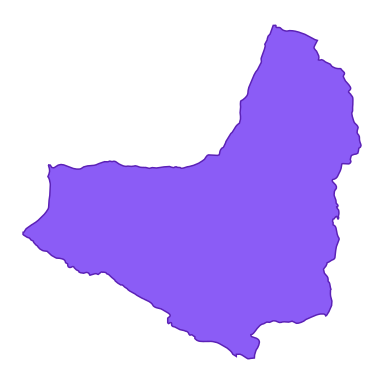 Confines, Santander, Colombia
{"feature_id": "7082276B80163304219298", "entity_name": "Confines", "entity_type": "district", "adm_level": 2, "iso_a3": "COL", "parent_name": "Colombia", "parent_adm1": "Santander", "projection": "albers", "projection_center": [-73.237, 6.361], "detail": "fine", "context": "isolated", "style": "filled", "palette": "violet", "viewbox_px": 384, "rotation_deg": 0, "n_neighbors": 0, "source": "geoboundaries", "source_scale": "gbopen_adm2", "svg_char_len": 5952}
<svg xmlns="http://www.w3.org/2000/svg" viewBox="0 0 384 384"><path d="M331.0,289.2L330.6,288.4L329.7,283.7L329.2,282.4L328.3,281.6L328.1,281.1L328.1,279.1L327.8,277.6L327.2,276.5L324.4,273.2L323.5,269.3L323.8,268.7L325.9,266.1L326.7,264.4L327.1,262.8L329.2,261.8L331.5,260.3L333.5,259.4L334.4,258.7L334.9,257.7L335.7,250.5L336.4,246.6L339.1,239.4L339.1,238.8L338.9,238.0L338.0,236.5L337.2,234.2L336.0,228.0L335.4,226.6L334.5,225.6L333.1,224.8L333.1,222.5L332.6,221.6L332.7,220.0L333.1,219.1L334.0,218.9L335.2,217.3L335.9,216.6L336.5,216.4L336.8,216.5L337.8,218.7L338.0,219.0L338.3,218.9L338.7,217.9L338.4,216.3L338.9,213.8L338.9,212.0L338.6,210.1L337.4,208.6L336.7,207.2L336.6,206.9L336.8,206.7L337.6,206.7L338.0,205.7L337.6,204.7L336.2,203.2L335.9,200.2L334.3,195.9L334.1,194.9L334.4,191.5L335.1,190.0L335.7,189.4L336.4,188.1L336.4,186.6L335.7,185.0L332.5,181.6L332.2,180.5L332.3,180.1L332.6,179.6L334.6,179.0L336.0,178.2L337.3,176.8L340.3,170.7L341.1,168.3L341.8,164.0L342.7,163.6L348.3,163.9L349.1,163.8L350.1,163.1L350.8,162.0L350.9,161.4L350.3,159.5L350.9,156.8L351.4,155.6L352.1,155.1L354.0,154.4L356.2,154.0L357.8,153.2L358.4,151.1L358.8,148.3L360.4,147.1L361.0,145.7L360.8,144.3L360.0,142.2L359.5,140.0L359.4,136.9L358.8,135.3L357.5,133.6L357.1,132.5L357.3,130.4L358.1,127.7L358.0,127.1L357.6,126.2L356.9,125.2L354.5,122.8L353.8,121.4L352.4,116.8L351.9,114.3L351.8,113.4L351.9,112.4L352.3,111.8L352.6,110.8L352.6,107.2L352.8,104.6L352.9,99.7L352.8,98.1L352.6,97.2L352.0,96.1L351.3,95.4L350.8,94.4L348.6,92.2L348.6,91.6L348.8,91.1L350.3,89.6L350.6,88.8L350.7,88.1L350.3,87.0L349.0,85.0L345.4,80.9L343.3,76.7L343.6,75.3L344.3,74.3L344.5,73.7L344.3,72.6L343.9,72.1L341.5,69.7L341.2,69.1L340.4,68.6L338.0,68.6L336.7,68.4L335.4,68.1L333.3,67.2L331.8,66.3L330.3,64.2L325.5,62.0L323.4,60.4L321.7,59.7L321.3,59.7L320.3,60.1L319.1,60.1L318.4,59.8L318.7,59.0L318.9,57.3L318.7,55.8L316.5,51.1L315.7,50.4L314.2,48.4L314.0,47.4L314.6,45.8L317.4,40.4L314.9,39.6L304.9,34.3L298.7,32.1L295.2,31.2L292.7,30.8L289.6,30.6L286.9,31.1L285.4,30.9L283.7,30.4L282.5,29.8L280.1,27.7L279.3,27.5L276.7,27.5L276.0,27.0L275.9,25.5L275.6,25.3L273.2,25.4L270.1,34.0L268.1,36.2L267.4,38.3L267.1,40.0L264.8,44.3L265.1,45.0L265.2,46.3L264.4,49.3L261.4,57.6L261.1,58.8L261.4,61.4L261.2,62.5L257.5,69.7L255.7,72.0L254.1,74.9L248.8,87.5L248.1,90.6L247.9,93.1L247.6,94.3L247.1,95.5L245.4,97.6L243.1,99.6L240.9,100.9L240.6,101.5L240.4,104.0L240.6,107.0L240.1,112.7L240.5,116.2L240.5,119.1L239.4,123.3L238.4,123.9L236.7,125.4L235.7,126.7L232.3,132.2L230.8,133.6L226.0,141.4L225.5,143.0L223.6,147.0L223.0,147.6L222.1,148.0L221.3,148.8L220.4,150.2L219.9,151.7L219.5,153.9L219.2,154.8L217.6,155.4L208.6,154.9L207.3,155.4L205.9,157.1L204.5,159.3L202.5,160.8L198.7,163.2L193.7,165.3L189.3,166.5L187.3,166.8L183.2,168.1L181.6,168.3L180.7,168.0L180.0,167.5L177.2,167.4L176.7,166.9L175.1,166.9L174.2,167.5L173.3,167.6L171.5,167.2L169.5,166.5L163.9,166.9L156.5,168.0L152.2,167.6L149.3,168.4L145.9,167.5L141.9,167.4L140.0,167.2L136.8,166.1L135.2,165.8L133.9,166.1L131.4,166.4L127.9,166.1L125.9,166.4L123.6,166.0L121.4,165.1L118.9,163.9L115.6,161.6L114.0,161.2L112.0,161.6L109.8,161.1L107.8,161.8L104.6,161.7L102.6,162.3L98.6,163.7L96.1,164.8L94.2,165.3L87.5,165.9L83.7,166.9L81.1,168.6L79.9,169.0L78.7,169.1L76.8,169.1L73.4,168.5L63.8,164.9L61.0,164.5L58.2,165.1L54.3,167.6L53.4,167.8L51.7,167.4L50.3,165.1L48.7,164.9L48.5,165.5L49.4,168.7L49.6,171.2L49.1,173.6L47.9,176.7L48.7,177.8L49.4,179.6L50.2,183.3L50.3,184.8L49.8,195.3L49.1,200.1L48.6,207.5L48.1,209.0L46.2,211.9L44.3,214.3L38.2,220.3L35.5,222.4L31.8,224.7L27.0,228.1L26.1,228.8L25.5,229.7L24.1,231.9L23.5,232.3L23.1,232.3L23.0,234.4L23.7,235.1L27.2,237.3L29.3,238.0L29.9,238.5L30.9,239.9L33.4,241.2L33.6,242.2L34.2,243.0L36.0,245.0L37.6,246.1L37.9,246.8L39.8,248.9L42.5,250.5L44.0,250.9L47.1,251.3L51.5,255.4L55.2,257.5L56.5,258.1L59.6,258.3L62.3,258.9L63.7,259.5L64.6,260.2L65.1,260.9L65.6,262.7L67.6,263.8L67.8,265.6L68.2,266.7L69.1,267.3L70.0,267.5L71.0,267.3L72.4,266.6L73.2,266.6L73.8,266.9L74.2,267.7L76.1,269.6L77.0,270.2L78.2,270.7L78.7,271.1L79.0,272.0L80.4,272.7L83.7,273.2L85.9,272.5L86.7,272.4L87.8,272.7L88.5,273.0L89.4,274.2L89.6,274.9L90.0,275.2L95.0,273.7L96.4,273.7L97.7,274.3L98.2,274.4L101.3,272.0L101.9,272.0L102.9,272.3L103.3,272.1L105.7,272.5L107.1,274.0L107.6,274.0L108.8,274.6L111.6,277.3L113.8,279.1L114.8,280.0L115.2,280.9L117.8,283.1L120.7,284.9L122.1,284.9L123.0,285.4L124.6,287.0L127.2,288.7L128.1,289.8L130.2,291.3L135.0,293.9L136.9,295.3L141.7,298.0L149.0,301.5L150.9,302.8L152.1,304.0L153.4,306.0L154.6,306.9L156.1,307.6L161.1,308.9L168.0,312.9L169.6,314.2L170.2,315.3L170.0,316.0L169.7,316.6L168.0,317.8L167.7,318.4L167.7,322.5L168.2,323.4L168.7,323.6L170.2,322.6L171.3,322.8L171.6,323.3L171.6,325.0L172.0,325.8L172.7,326.4L174.9,327.0L179.9,329.6L184.3,330.6L185.6,331.2L186.4,331.3L187.4,331.8L188.2,332.5L189.1,334.4L189.8,335.1L190.8,335.0L191.2,334.7L192.3,335.0L193.8,336.2L194.8,336.6L194.9,337.5L194.8,338.2L195.0,338.7L196.9,340.3L198.6,341.0L200.0,341.3L203.0,341.5L211.1,341.4L213.0,341.6L217.2,342.6L219.4,343.6L227.2,348.1L230.4,350.8L231.7,352.3L232.9,354.3L236.3,356.4L236.3,354.3L240.0,354.2L242.1,355.1L246.4,357.9L247.8,358.7L249.1,358.7L250.5,358.4L254.4,358.0L254.6,354.9L255.8,350.9L256.3,349.7L257.6,347.8L258.8,345.0L259.4,342.3L259.3,341.3L258.7,340.0L257.9,339.2L256.5,338.3L251.6,336.6L251.0,335.8L250.9,334.6L252.2,334.3L253.6,333.1L255.6,330.6L257.1,328.5L259.9,325.5L261.7,324.3L263.8,323.7L266.5,322.2L267.1,322.1L269.7,322.3L272.9,320.9L273.9,320.8L275.6,321.0L278.8,322.3L279.8,322.5L281.5,322.3L282.2,322.0L284.1,321.8L288.7,322.1L292.1,321.2L294.1,322.1L295.8,323.0L296.7,323.3L298.6,323.1L301.2,322.3L303.8,321.1L305.9,319.5L311.3,317.1L316.6,314.9L319.2,314.2L320.5,314.0L323.8,314.0L325.0,314.6L325.8,315.9L326.7,315.2L328.9,311.7L331.6,305.5L331.9,301.1L330.6,296.2L330.4,293.9L330.5,290.1L331.0,289.2Z" fill="#8b5cf6" stroke="#5b21b6" stroke-width="1.5"/></svg>